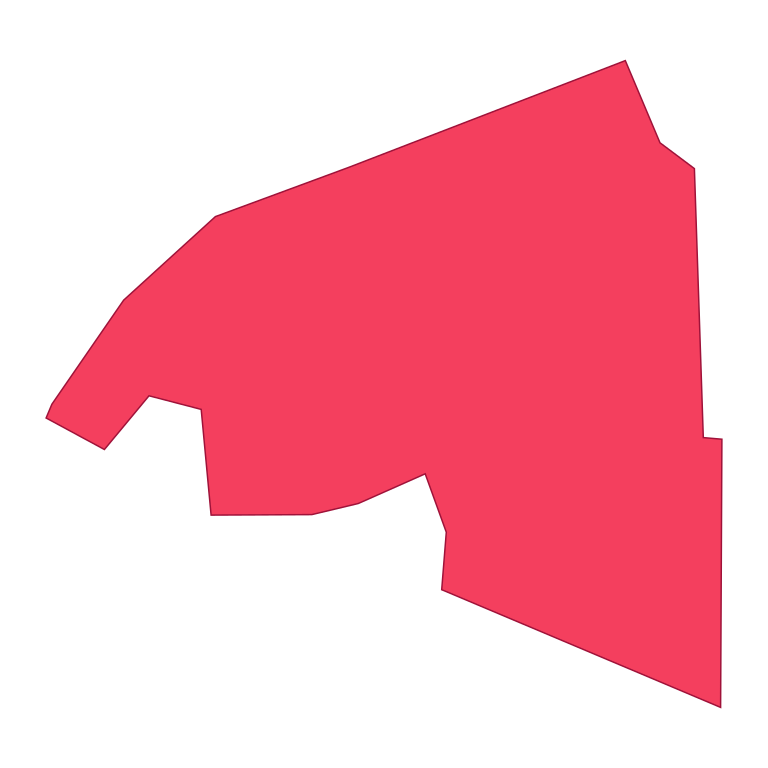 Malbaza, Tahoua, Niger (Albers equal-area conic projection)
{"feature_id": "23599985B4654450212041", "entity_name": "Malbaza", "entity_type": "district", "adm_level": 2, "iso_a3": "NER", "parent_name": "Niger", "parent_adm1": "Tahoua", "projection": "albers", "projection_center": [5.498, 14.04], "detail": "fine", "context": "isolated", "style": "filled", "palette": "rose", "viewbox_px": 768, "rotation_deg": 0, "n_neighbors": 0, "source": "geoboundaries", "source_scale": "gbopen_adm2", "svg_char_len": 380}
<svg xmlns="http://www.w3.org/2000/svg" viewBox="0 0 768 768"><path d="M46.1,418.0L104.4,449.5L149.0,395.8L201.2,409.4L211.1,515.1L311.8,514.6L358.3,503.5L425.2,473.8L446.3,532.2L441.7,589.7L720.6,707.4L721.9,439.2L703.3,437.6L694.4,168.6L660.0,142.8L625.3,60.6L348.1,167.6L215.4,216.6L123.7,300.1L51.9,404.2L46.1,418.0Z" fill="#f43f5e" stroke="#9f1239" stroke-width="1.5"/></svg>